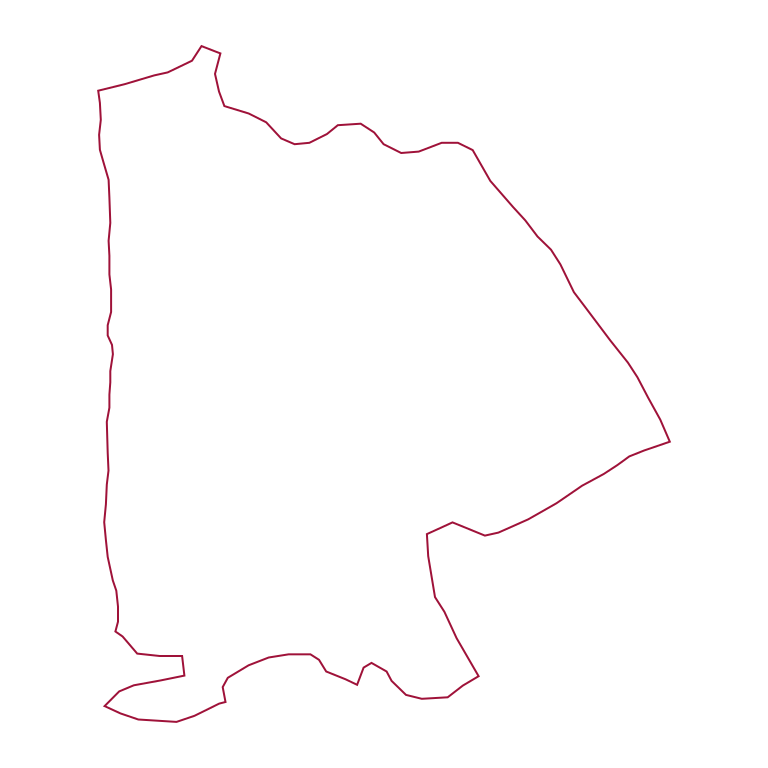 Charkeia, Cyprus (Equal Earth projection)
{"feature_id": "46923920B54371485006502", "entity_name": "Charkeia", "entity_type": "district", "adm_level": 2, "iso_a3": "CYP", "parent_name": "Cyprus", "parent_adm1": "", "projection": "equal_earth", "projection_center": [33.53, 35.309], "detail": "fine", "context": "isolated", "style": "outline", "palette": "rose", "viewbox_px": 768, "rotation_deg": 0, "n_neighbors": 0, "source": "geoboundaries", "source_scale": "gbopen_adm2", "svg_char_len": 1612}
<svg xmlns="http://www.w3.org/2000/svg" viewBox="0 0 768 768"><path d="M225.5,702.0L222.7,687.1L227.8,677.8L248.6,665.3L268.7,657.5L288.8,654.3L310.4,654.3L319.0,659.8L326.2,671.5L345.6,679.3L357.1,684.8L363.6,667.6L371.5,662.9L386.6,671.5L391.6,680.9L406.0,694.9L421.8,698.8L447.7,697.3L462.8,685.6L478.6,676.2L456.6,638.2L444.4,611.8L435.0,597.1L428.2,556.1L426.9,534.1L452.5,522.4L484.9,535.6L498.4,532.6L528.1,519.4L556.4,503.3L582.1,485.7L603.7,474.0L617.2,465.2L629.3,456.4L644.1,450.5L669.8,441.7L660.3,419.7L648.2,397.8L637.4,377.2L627.9,362.6L610.4,340.6L586.1,308.3L573.9,292.2L560.4,264.4L551.0,249.7L537.5,236.5L525.3,220.4L513.2,207.2L490.3,180.9L472.7,150.1L457.9,142.8L441.7,142.8L418.7,151.6L401.2,153.0L383.6,144.2L374.2,132.5L360.7,123.7L337.8,125.2L327.0,134.0L309.4,142.8L294.6,144.2L281.1,138.4L266.2,122.3L248.7,113.5L224.4,106.1L219.0,91.5L215.0,73.9L220.4,53.4L214.9,51.3L201.5,46.1L192.0,60.7L167.7,72.4L154.2,75.4L139.4,79.8L124.6,84.2L98.2,90.7L99.9,102.9L100.8,119.8L99.1,134.8L99.9,149.8L103.4,162.0L108.6,179.8L109.4,197.6L110.3,222.9L108.6,240.8L109.4,255.8L109.4,274.5L111.1,289.5L111.1,312.0L107.7,325.2L107.7,335.5L112.0,344.9L112.9,354.2L110.3,371.1L110.3,382.4L109.4,394.6L109.4,407.7L106.8,421.8L107.7,452.7L108.5,470.6L106.8,484.6L105.9,504.4L104.2,522.2L105.9,540.0L107.7,556.9L112.8,580.4L116.3,590.7L118.0,606.6L118.0,621.7L115.4,631.5L122.6,636.5L137.2,653.6L159.7,656.0L182.1,656.0L184.4,675.6L160.8,680.4L133.8,685.3L119.2,691.4L104.6,706.1L120.4,713.4L138.3,719.5L176.5,721.9L194.5,715.8L219.2,703.6L225.5,702.0Z" fill="none" stroke="#9f1239" stroke-width="2"/></svg>